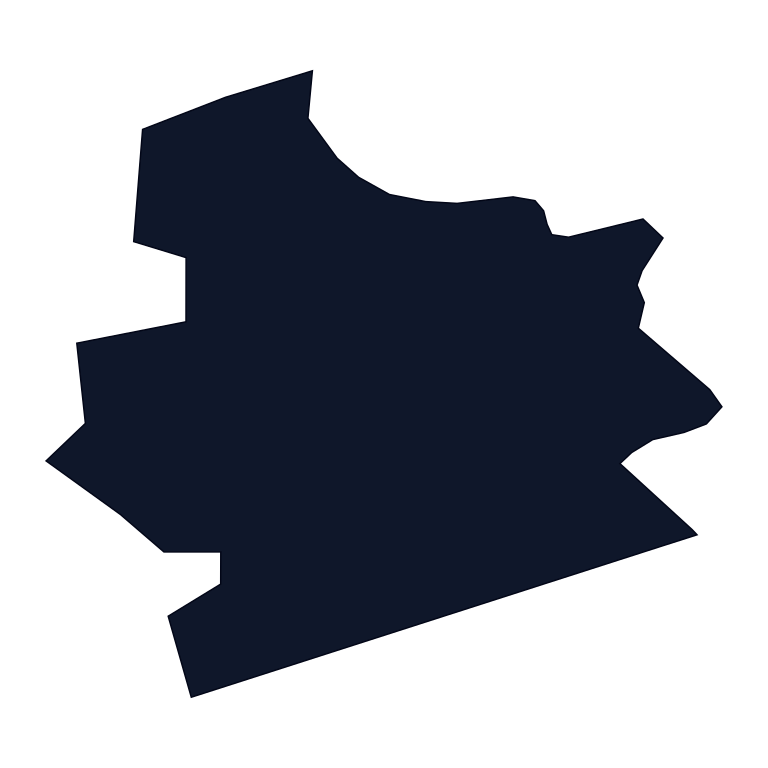 an SVG outline of Vainodes
{"feature_id": "LVA-5713", "entity_name": "Vainodes", "entity_type": "Municipality", "adm_level": 1, "iso_a3": "LVA", "parent_name": "Latvia", "parent_adm1": "", "projection": "equal_earth", "projection_center": [21.86, 56.449], "detail": "fine", "context": "isolated", "style": "filled", "palette": "ink", "viewbox_px": 768, "rotation_deg": 0, "n_neighbors": 0, "source": "natural_earth", "source_scale": "10m", "svg_char_len": 667}
<svg xmlns="http://www.w3.org/2000/svg" viewBox="0 0 768 768"><path d="M660.4,546.5L191.3,697.2L168.2,616.2L220.7,584.1L220.8,551.9L163.9,551.9L120.3,514.4L46.1,460.9L85.4,423.4L76.8,343.2L186.0,321.8L186.1,257.6L133.7,241.6L142.6,129.4L225.5,97.3L312.4,70.8L307.9,118.3L337.1,158.2L358.6,177.3L389.4,194.5L425.7,201.6L457.1,203.4L513.1,196.9L535.0,200.7L543.6,210.8L547.1,224.4L551.8,234.7L568.6,237.2L643.0,219.0L663.0,238.0L642.1,270.6L637.0,285.1L644.3,302.6L638.3,328.2L709.8,389.7L721.9,406.8L706.4,423.9L684.1,432.4L652.7,439.6L631.7,452.5L619.9,463.6L692.2,529.7L696.0,533.7L697.0,534.8L660.4,546.5Z" fill="#0f172a" stroke="#020617" stroke-width="1.5"/></svg>